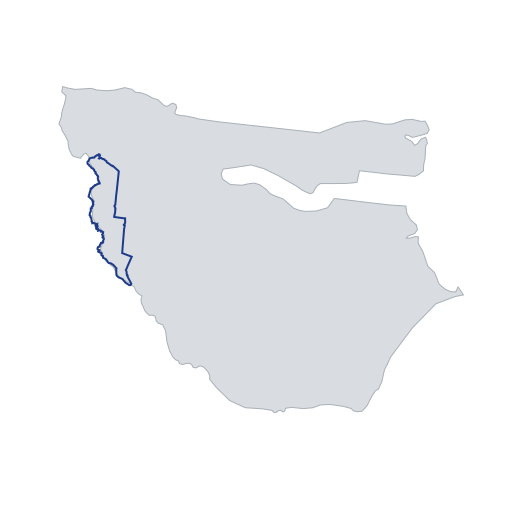 location of Bakel, Tambacounda, Senegal, rotated 186°
{"feature_id": "50182788B16013842146029", "entity_name": "Bakel", "entity_type": "district", "adm_level": 2, "iso_a3": "SEN", "parent_name": "Senegal", "parent_adm1": "Tambacounda", "projection": "mercator", "projection_center": [-12.18, 14.211], "detail": "fine", "context": "in_parent", "style": "outline", "palette": "blue", "viewbox_px": 512, "rotation_deg": 186, "n_neighbors": 0, "source": "geoboundaries", "source_scale": "gbopen_adm2", "svg_char_len": 8613}
<svg xmlns="http://www.w3.org/2000/svg" viewBox="0 0 512 512"><g transform="rotate(186 256 256)"><path d="M405.0,235.2L411.4,246.5L410.0,252.0L408.5,259.9L412.2,265.7L416.4,269.5L419.5,272.9L422.8,277.7L423.4,287.2L422.8,294.1L425.0,297.2L426.8,301.1L426.4,304.3L425.2,307.2L421.1,311.0L420.4,318.1L427.1,326.7L431.3,331.4L431.3,334.1L432.5,337.0L435.6,340.4L437.6,339.6L439.7,336.8L440.7,334.9L446.4,335.7L449.1,336.6L452.8,342.2L454.1,346.0L455.0,350.6L458.8,356.5L462.1,360.6L462.8,363.2L465.8,366.7L464.0,374.4L464.2,378.3L462.2,388.7L461.7,393.6L461.8,395.4L466.4,399.1L465.9,404.3L461.3,403.4L453.3,402.8L437.3,405.5L431.8,404.4L421.2,404.8L413.7,406.3L404.2,409.7L396.9,408.8L392.9,406.2L387.6,406.3L381.7,404.9L375.4,402.3L369.6,401.0L363.4,396.2L360.5,395.4L358.5,396.6L356.7,398.2L354.9,399.2L351.6,398.3L350.3,395.1L351.4,392.0L351.7,389.6L350.1,388.3L346.3,387.9L340.2,387.9L330.3,386.9L328.0,386.3L305.9,385.5L283.0,385.4L263.5,385.3L239.0,385.2L221.7,385.1L205.6,385.0L193.2,391.4L179.7,398.3L161.6,402.0L140.8,400.6L134.1,401.6L127.2,404.7L122.2,406.9L115.0,408.2L105.7,407.1L102.0,407.8L99.6,404.7L97.0,399.6L98.6,395.8L104.3,393.4L112.8,390.3L117.3,391.9L119.9,392.0L120.4,390.0L119.5,388.9L113.1,386.2L109.8,382.6L107.0,384.7L104.6,389.1L102.7,390.4L99.8,391.7L98.1,388.7L97.4,385.7L98.7,383.5L98.1,370.8L98.8,364.0L98.4,358.1L102.5,354.2L106.3,351.8L121.2,351.6L135.0,351.3L148.4,351.5L162.0,351.6L163.3,339.8L167.6,338.8L174.1,337.6L186.1,336.2L199.4,334.8L202.3,332.5L204.5,328.5L205.9,325.0L208.7,323.5L212.4,324.7L217.3,326.5L222.4,329.4L228.2,332.1L232.1,333.7L241.4,337.9L257.4,343.7L270.5,346.0L286.4,341.8L297.8,339.0L299.2,334.0L297.4,329.0L288.9,324.4L277.3,324.9L273.8,326.2L268.4,327.7L265.1,328.3L259.7,327.2L252.7,323.3L248.4,319.3L242.2,317.4L235.0,315.6L223.4,307.4L217.3,305.9L211.6,305.5L200.6,307.1L189.8,311.5L184.2,321.4L173.4,321.3L150.5,320.9L129.5,320.7L112.2,321.3L110.4,314.1L106.3,308.4L99.7,303.5L98.2,299.0L100.5,295.0L106.9,291.7L108.4,289.4L105.0,289.8L99.9,291.9L96.5,292.0L96.1,285.7L90.4,277.6L84.0,263.8L76.8,258.2L70.8,247.1L64.4,242.8L58.6,240.8L53.6,241.2L51.8,246.3L45.6,239.0L54.1,236.4L72.2,227.2L93.0,200.8L111.6,169.6L114.0,162.2L116.3,156.6L117.8,143.8L120.5,136.1L123.0,134.7L126.1,128.8L130.0,118.5L134.3,112.8L139.1,111.7L142.9,112.2L145.6,114.3L153.4,115.6L166.5,116.1L176.6,114.6L183.7,111.0L193.0,109.2L204.6,109.2L210.7,107.7L211.3,104.7L212.8,103.8L215.2,105.0L217.5,104.6L219.7,102.5L221.8,102.3L223.9,104.1L233.6,104.7L250.9,104.0L266.9,109.4L281.5,120.9L289.1,128.5L289.6,132.4L292.0,136.2L296.4,140.1L300.4,140.9L304.0,138.4L306.9,138.7L308.9,141.7L313.1,142.3L317.8,140.4L321.1,141.1L321.7,142.8L322.5,143.8L324.7,144.2L327.8,146.5L332.0,152.6L335.5,161.1L338.1,172.0L341.6,177.9L346.0,178.9L348.6,181.1L349.1,183.7L350.3,185.5L352.4,186.4L356.2,185.9L360.5,189.5L365.2,197.5L365.9,201.1L365.2,203.1L365.4,204.5L368.5,205.8L371.5,208.4L373.9,212.4L379.0,215.8L387.0,218.9L392.7,223.4L396.2,229.5L403.5,234.6L405.0,235.2Z" fill="#d9dde1" stroke="#a8b0b8" stroke-width="1"/><path d="M431.8,335.6L431.8,335.4L431.8,335.1L432.8,332.6L433.4,332.1L433.4,331.7L433.4,331.0L433.2,330.4L433.0,329.9L432.4,329.6L431.5,329.1L431.1,328.3L430.9,328.1L430.0,327.7L429.7,327.5L429.5,327.2L428.7,326.3L427.4,326.0L427.0,325.5L426.2,325.0L426.0,324.7L426.0,324.3L425.9,324.0L425.3,323.3L424.9,322.9L424.3,322.7L424.2,322.1L424.3,321.6L424.2,321.2L423.3,320.7L422.7,320.0L422.6,319.7L421.7,319.0L421.4,318.7L421.4,318.3L421.5,317.6L421.5,316.9L421.3,315.8L420.9,315.3L420.8,314.7L420.7,314.5L420.2,314.1L420.2,313.8L419.9,313.4L419.4,312.9L419.1,312.0L419.4,312.0L419.6,311.9L419.9,311.4L420.1,311.4L420.5,311.2L420.8,311.1L421.1,311.0L421.4,310.9L421.6,310.6L422.0,310.5L422.6,310.1L422.8,310.0L422.9,309.8L423.4,309.8L423.8,309.5L423.9,309.2L423.9,308.9L424.9,308.3L425.0,307.9L425.3,307.8L425.7,307.1L425.7,306.8L425.8,306.7L426.5,306.5L426.5,306.2L426.7,305.9L427.3,305.8L427.5,305.7L427.3,304.9L427.5,304.6L427.6,303.7L427.8,303.1L427.7,302.4L428.0,302.0L428.2,300.4L428.7,297.6L425.5,295.2L425.2,294.9L424.8,294.6L424.7,294.3L424.7,294.1L424.5,293.9L424.1,293.5L423.9,293.6L423.5,293.3L423.4,293.1L423.5,292.8L423.7,292.4L423.9,292.3L423.8,292.1L423.7,291.5L423.5,291.0L423.2,290.6L423.1,290.3L423.6,290.0L423.6,289.5L423.5,288.7L424.0,288.5L424.1,288.2L424.5,287.7L424.3,286.9L424.3,286.4L424.6,286.1L424.9,286.0L425.3,286.0L425.2,284.2L424.9,283.5L425.2,282.5L425.5,282.1L425.7,281.9L425.7,281.3L425.7,280.7L425.8,279.3L425.7,279.1L425.3,279.0L424.9,278.7L424.9,277.7L424.6,277.6L424.2,277.2L423.6,275.6L423.3,274.6L422.9,273.5L422.5,272.2L422.4,272.3L422.3,272.0L422.1,272.3L421.9,272.1L422.0,272.1L421.9,272.0L422.0,272.0L421.8,271.8L421.4,272.0L421.2,272.0L421.1,271.9L420.8,271.9L420.8,271.7L420.4,271.4L420.2,271.4L419.5,271.4L418.9,271.3L418.8,271.0L418.7,271.0L418.6,270.8L417.9,270.9L417.7,270.7L417.4,270.6L417.2,270.8L417.2,270.6L417.3,270.5L417.4,270.4L417.2,270.4L417.1,270.2L417.2,270.3L417.5,270.2L417.8,269.8L417.6,269.6L417.9,269.4L417.6,269.3L417.4,269.3L417.4,269.2L417.2,269.3L417.2,269.5L417.0,269.2L416.9,268.8L417.0,268.7L417.3,268.6L417.2,268.9L417.3,269.0L417.3,268.8L417.6,268.8L417.5,268.7L417.4,268.7L417.5,268.6L417.8,268.7L417.7,268.8L418.0,268.7L417.9,268.5L417.7,268.5L417.7,268.2L417.3,268.0L417.1,267.8L417.1,267.6L417.3,267.6L417.3,267.4L417.4,267.2L417.6,267.3L417.8,267.3L417.7,267.1L417.8,266.7L417.8,266.4L417.4,266.0L417.1,265.9L416.8,265.9L416.5,266.1L416.1,266.5L416.0,266.3L415.8,266.2L415.7,266.2L415.4,265.5L415.6,265.0L415.6,264.6L415.3,264.7L415.4,265.0L415.2,265.1L414.8,264.9L414.7,265.0L414.4,265.3L413.6,265.2L413.0,264.9L412.7,264.5L412.6,264.1L412.4,264.2L412.2,264.1L411.9,264.4L411.7,264.4L411.3,264.2L410.9,263.8L410.5,263.7L410.6,263.2L410.5,262.4L410.7,262.1L411.2,261.5L411.3,261.3L411.2,261.0L410.8,260.5L410.2,260.0L410.1,259.9L410.2,259.5L410.7,258.6L410.5,258.2L409.4,257.8L409.2,257.5L409.1,256.6L409.7,255.3L409.4,253.6L409.6,253.3L410.0,253.0L410.7,253.1L411.0,253.2L411.5,253.0L411.6,252.9L411.5,252.3L411.7,251.7L412.4,250.9L412.4,249.0L412.6,248.8L413.4,248.8L413.7,248.7L414.0,248.4L414.3,247.8L414.4,247.1L414.4,246.6L414.3,246.2L414.0,246.0L413.4,245.7L412.3,245.5L412.2,245.3L412.1,245.0L412.2,244.9L412.8,244.7L413.2,244.4L413.4,244.2L413.4,243.8L413.1,243.6L412.6,243.8L412.2,243.6L411.7,243.1L410.5,243.1L409.9,242.8L409.7,242.4L410.0,241.7L410.0,241.2L409.9,240.7L409.4,240.3L409.2,240.2L408.6,240.2L408.3,240.1L407.9,238.2L405.1,237.3L404.6,236.8L403.1,235.1L402.7,234.4L402.2,234.0L401.7,233.7L401.3,233.6L400.6,233.6L400.2,233.5L399.9,233.6L399.1,233.3L398.8,233.3L398.1,232.6L397.8,232.5L397.4,232.5L397.2,232.4L396.4,231.7L395.8,231.3L394.6,230.0L394.3,229.7L393.5,229.2L393.4,228.8L393.6,228.3L393.7,227.6L393.4,226.9L393.0,223.4L392.8,222.5L392.4,222.1L392.0,221.5L391.5,221.2L391.2,220.9L390.5,220.4L389.6,220.2L389.1,220.0L386.4,219.2L384.6,217.3L384.2,217.1L383.3,216.0L382.3,215.4L380.9,214.8L379.1,213.8L378.9,213.8L378.4,213.8L377.9,214.0L377.4,214.4L377.3,214.9L377.3,215.3L377.2,215.5L378.7,217.8L381.3,221.6L381.6,222.3L381.6,222.8L382.1,223.1L382.0,223.3L381.9,223.3L382.0,223.5L382.3,223.8L382.2,224.0L382.6,224.3L383.0,225.6L382.9,225.8L383.0,226.3L383.0,226.6L383.7,228.0L384.0,228.4L383.2,230.4L382.7,232.4L379.8,241.4L379.5,242.3L389.4,244.9L390.0,268.8L389.7,272.6L390.7,273.0L390.7,273.4L390.1,273.8L389.7,274.9L389.7,277.1L390.1,278.7L390.1,279.8L391.4,279.7L401.1,280.0L401.2,281.0L400.9,281.9L401.0,282.4L400.9,282.8L400.9,283.3L400.6,284.0L400.7,284.8L400.7,286.3L400.8,286.6L400.7,286.9L400.7,287.1L400.9,287.6L400.7,288.1L400.7,288.4L401.0,288.8L401.0,289.3L401.1,289.6L401.7,290.2L402.0,290.7L402.0,291.0L401.7,291.8L401.3,292.1L401.4,303.1L401.3,305.2L401.3,307.3L401.3,312.4L401.3,315.5L401.3,325.9L402.6,326.9L407.4,330.4L407.5,330.2L407.9,330.3L408.6,330.8L408.9,330.7L409.6,331.1L410.4,331.5L410.7,331.8L412.9,333.0L413.9,333.4L414.2,333.7L414.4,334.3L414.7,334.7L415.0,335.0L415.6,335.1L415.8,335.3L416.3,335.6L416.8,336.2L417.4,336.2L417.9,336.5L418.3,336.4L419.1,336.6L419.6,337.1L419.8,337.1L420.3,337.4L420.6,337.4L420.8,337.2L421.2,337.1L422.0,336.5L422.3,336.6L422.1,336.9L422.1,337.4L422.0,337.6L422.0,338.1L422.2,338.6L422.1,339.2L421.7,339.6L422.0,340.0L422.0,340.4L422.1,340.6L422.9,340.7L423.2,340.7L423.6,340.0L423.7,339.7L423.9,339.7L424.5,339.7L424.8,339.4L425.1,339.4L425.6,338.8L426.0,338.6L426.3,338.3L426.3,338.2L426.6,337.9L426.8,337.5L427.2,336.9L427.7,336.8L428.3,337.0L428.9,336.8L429.2,336.5L429.9,336.5L430.6,336.2L431.2,335.8L431.6,335.7L431.8,335.6Z" fill="none" stroke="#1e3a8a" stroke-width="2"/></g></svg>